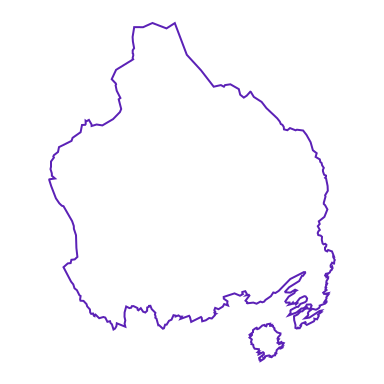 outline of Bærum nor, Oslo, Norway
{"feature_id": "86288312B1963892276689", "entity_name": "Bærum nor", "entity_type": "district", "adm_level": 2, "iso_a3": "NOR", "parent_name": "Norway", "parent_adm1": "Oslo", "projection": "orthographic", "projection_center": [10.489, 59.945], "detail": "fine", "context": "isolated", "style": "outline", "palette": "violet", "viewbox_px": 384, "rotation_deg": 0, "n_neighbors": 0, "source": "geoboundaries", "source_scale": "gbopen_adm2", "svg_char_len": 6006}
<svg xmlns="http://www.w3.org/2000/svg" viewBox="0 0 384 384"><path d="M174.8,23.1L166.5,28.4L152.4,23.0L143.1,27.2L134.2,27.1L132.6,37.0L132.9,41.5L134.1,48.2L132.7,50.3L132.7,53.3L133.1,53.7L133.3,55.3L132.6,58.1L133.2,59.3L116.1,69.8L111.7,79.2L115.8,83.5L116.1,84.4L115.6,85.3L116.7,90.7L120.4,98.0L118.7,99.3L121.2,109.0L119.9,112.1L113.1,119.1L102.4,125.4L96.6,124.5L91.6,126.0L91.5,124.4L88.9,119.9L86.4,121.3L85.6,120.7L85.7,124.0L85.2,124.8L82.0,125.0L80.6,132.2L72.6,137.8L71.5,140.9L59.0,147.1L58.0,152.0L53.9,155.2L53.3,156.5L53.9,157.6L51.0,161.5L51.0,166.8L50.5,169.1L51.8,173.3L51.9,175.8L55.0,178.5L49.4,179.3L49.2,179.8L51.2,186.1L55.9,198.3L59.3,203.3L61.8,205.7L63.5,206.2L72.1,221.1L73.8,226.0L73.9,228.8L76.0,235.2L76.4,248.0L77.4,256.9L74.7,259.4L71.4,259.8L70.6,263.1L67.8,263.4L63.5,267.2L71.1,281.7L73.3,284.4L74.5,288.3L76.9,290.2L79.4,295.2L80.6,296.0L80.1,299.4L80.5,300.7L83.5,300.9L86.5,304.1L87.2,306.4L89.9,309.4L90.2,312.5L91.2,313.9L93.0,313.5L93.9,315.8L94.5,316.1L94.6,314.9L95.4,314.5L99.2,318.2L103.4,317.0L105.3,317.6L107.4,321.8L110.0,321.2L110.6,323.1L111.9,324.3L113.5,329.5L115.0,328.6L116.4,326.2L116.8,323.3L125.3,326.7L124.6,323.6L125.3,320.4L124.5,316.8L124.6,312.4L126.2,306.5L129.4,308.1L131.2,307.7L131.8,306.2L133.5,306.1L137.4,308.0L137.7,309.8L138.4,310.3L140.8,308.2L143.1,311.7L145.3,312.5L147.1,310.8L147.2,307.5L148.9,306.8L149.0,305.9L150.4,305.8L151.7,309.1L155.4,312.8L154.9,314.5L155.6,316.3L155.3,317.7L156.5,318.7L158.3,325.3L159.1,325.2L162.9,328.7L163.9,328.3L165.1,324.7L166.6,324.7L169.0,320.8L171.5,319.7L173.5,315.2L175.5,315.6L175.6,316.5L178.5,315.4L180.0,316.6L181.8,316.6L180.5,318.9L189.1,315.8L189.9,317.0L191.2,321.9L201.0,317.0L201.7,317.8L202.2,321.3L205.8,320.3L209.2,318.0L211.8,318.5L214.9,315.2L214.8,314.4L215.9,313.8L214.9,313.5L214.4,312.5L215.3,311.9L214.3,310.2L215.2,307.9L218.5,309.2L222.8,306.6L224.2,304.1L228.0,305.5L227.2,303.3L227.5,301.3L223.8,298.7L223.7,296.9L234.5,293.4L240.0,295.7L242.9,294.1L242.3,293.2L242.3,292.0L245.3,291.2L247.1,294.4L246.1,295.3L248.8,294.8L249.4,295.6L245.5,300.7L247.2,302.2L247.0,303.1L247.4,303.3L253.3,302.6L256.6,303.7L260.4,301.6L262.3,302.3L264.2,301.6L265.4,300.0L270.9,296.2L273.3,292.5L275.4,293.0L278.7,290.9L290.3,279.0L303.8,272.1L305.1,272.2L305.2,272.9L303.0,275.8L302.0,275.7L299.2,281.0L289.1,287.3L285.2,291.6L285.5,292.3L290.4,292.6L295.1,289.7L296.7,290.4L294.7,291.6L294.7,292.6L294.0,293.3L288.7,296.6L285.3,301.4L286.2,302.7L289.6,302.5L289.9,303.7L288.9,304.7L291.3,304.1L292.9,302.5L293.2,303.8L294.9,303.2L295.8,304.5L297.5,303.0L296.6,302.4L299.8,298.3L304.3,296.2L305.6,296.4L307.1,298.4L306.6,300.8L305.1,302.2L300.5,303.9L298.1,306.9L296.6,306.9L290.8,310.0L290.4,310.9L290.6,312.8L288.5,315.5L296.5,312.5L301.4,308.5L303.5,308.3L305.7,306.7L306.8,304.6L310.7,304.4L311.6,305.6L310.2,309.0L308.1,308.7L307.2,307.5L306.8,308.4L304.7,309.1L302.3,311.3L300.5,311.5L297.6,314.5L294.0,316.2L294.2,320.2L295.5,325.0L295.4,327.9L296.7,328.5L298.6,327.1L297.9,328.3L299.7,328.2L301.1,325.9L300.4,325.4L301.7,323.6L305.3,322.1L305.6,322.4L304.9,323.4L306.8,324.9L313.9,321.3L314.6,319.9L314.4,318.7L317.1,319.3L318.8,315.9L318.0,314.7L321.4,312.1L320.1,311.8L321.4,310.6L319.7,310.9L309.4,317.6L304.9,318.3L307.9,315.6L308.3,314.4L307.9,313.2L308.7,311.6L312.4,308.8L315.9,309.7L317.4,309.0L319.1,307.9L319.9,306.4L319.7,305.6L325.1,303.6L326.5,302.2L326.7,300.5L325.7,302.2L324.3,302.0L326.1,299.3L326.6,298.2L326.3,297.3L328.5,294.4L327.1,294.3L328.1,293.2L324.1,294.0L323.2,292.7L326.5,290.0L325.4,289.1L326.2,287.7L325.5,287.2L326.5,285.0L326.1,285.2L326.1,284.3L327.0,283.3L326.3,282.7L326.5,281.0L328.1,278.5L328.2,277.2L326.7,277.3L327.2,275.7L325.9,276.4L325.1,275.5L325.9,273.8L328.7,273.2L329.8,272.4L330.7,270.3L331.5,270.1L332.6,268.1L332.3,266.9L331.8,267.7L330.7,266.9L330.6,265.3L332.1,262.7L334.0,263.5L334.0,264.5L334.3,261.0L334.8,260.0L333.3,257.3L333.2,256.5L334.0,256.6L332.0,251.4L328.1,250.0L327.2,251.4L325.5,250.6L325.0,249.3L325.0,247.5L326.1,246.5L326.4,244.8L325.2,243.8L323.5,244.3L322.6,243.4L321.8,240.0L322.0,236.8L320.7,235.6L318.3,235.1L317.7,233.1L318.3,231.4L319.8,229.9L317.8,226.2L319.7,224.0L318.8,221.3L324.4,216.9L327.4,209.4L325.1,205.2L323.8,204.0L323.8,202.7L325.5,196.6L325.1,195.3L327.8,190.8L327.6,186.0L326.1,178.6L325.1,177.8L326.0,176.8L326.0,175.6L324.1,174.7L323.0,171.5L322.9,169.8L323.8,167.9L322.1,165.3L321.6,163.0L320.3,161.9L319.8,159.4L315.6,156.9L316.7,153.2L312.9,150.3L310.6,142.2L306.5,134.9L303.1,130.5L296.9,129.7L295.6,130.3L290.0,128.1L287.4,130.2L284.0,129.4L283.7,126.8L282.4,124.8L280.8,124.0L279.8,121.6L277.2,118.3L266.4,108.1L261.6,101.9L253.8,96.9L250.8,91.9L250.3,91.7L246.7,95.7L243.8,97.6L240.2,94.7L238.8,89.1L230.4,84.3L225.0,85.1L223.9,86.7L220.9,85.1L213.7,86.7L201.0,70.3L186.8,54.8L174.8,23.1ZM270.2,323.7L267.0,324.3L266.3,326.3L265.1,326.0L264.6,324.9L262.3,325.5L258.9,328.6L257.2,329.2L256.5,328.5L257.4,327.4L255.3,328.4L253.0,330.1L253.0,332.2L248.8,335.3L251.9,334.3L252.0,335.0L249.5,337.6L251.8,339.4L251.0,342.0L251.7,343.1L251.4,344.1L253.2,344.7L253.5,346.8L254.6,348.7L258.9,349.2L258.9,350.4L258.3,351.4L258.7,351.4L257.7,352.2L259.7,352.7L258.6,353.2L258.5,354.5L263.0,352.2L263.8,352.8L263.9,354.3L259.1,358.0L259.5,359.7L261.1,359.3L260.3,360.0L260.4,361.0L263.6,359.0L263.4,358.1L264.0,358.6L265.0,357.5L265.2,356.9L264.5,357.3L265.1,356.3L269.2,355.4L270.6,356.1L270.0,356.8L271.6,357.2L273.4,355.5L275.1,355.3L275.1,354.3L277.1,353.0L274.5,353.6L276.2,352.6L276.7,350.1L279.5,347.4L280.1,347.5L280.0,348.5L280.5,348.6L282.0,347.8L281.6,347.6L282.3,346.8L280.8,347.1L282.8,345.7L282.6,345.0L283.8,343.1L282.6,342.7L278.2,344.5L281.1,342.7L281.1,342.1L278.4,343.4L277.5,342.8L278.3,341.8L277.9,340.3L278.9,339.1L278.1,338.8L279.2,338.2L278.1,338.5L277.9,337.5L280.4,334.7L280.5,333.4L277.2,332.4L274.7,330.0L274.3,329.0L274.5,328.3L273.3,327.1L273.0,325.9L270.7,325.9L271.4,324.9L270.1,325.0L270.2,323.7Z" fill="none" stroke="#5b21b6" stroke-width="2"/></svg>